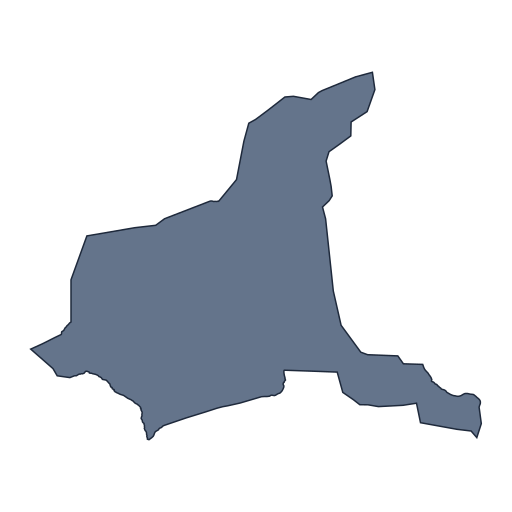 Bogd, Bayanhongor, Mongolia (Natural Earth projection)
{"feature_id": "93677404B1716064245788", "entity_name": "Bogd", "entity_type": "district", "adm_level": 2, "iso_a3": "MNG", "parent_name": "Mongolia", "parent_adm1": "Bayanhongor", "projection": "natural_earth1", "projection_center": [100.876, 45.209], "detail": "fine", "context": "isolated", "style": "filled", "palette": "slate", "viewbox_px": 512, "rotation_deg": 0, "n_neighbors": 0, "source": "geoboundaries", "source_scale": "gbopen_adm2", "svg_char_len": 3860}
<svg xmlns="http://www.w3.org/2000/svg" viewBox="0 0 512 512"><path d="M367.1,111.6L374.9,89.6L372.4,72.3L355.7,76.8L322.1,90.6L318.4,92.6L311.1,99.5L293.4,96.3L284.9,97.0L267.7,110.4L255.5,119.5L248.8,123.2L243.9,141.2L236.5,179.6L218.9,201.0L218.6,201.2L218.5,201.3L218.2,201.1L217.8,201.2L217.4,201.4L216.7,201.5L215.7,201.4L214.8,201.4L213.7,201.5L212.9,201.3L211.9,201.0L211.3,201.0L210.7,201.0L209.6,201.3L164.6,218.7L155.7,225.3L134.8,227.7L86.9,235.9L71.0,279.8L71.0,296.3L71.0,322.0L69.6,323.0L68.3,324.6L66.9,325.8L66.4,326.7L65.1,327.9L64.4,329.2L63.7,330.5L61.8,331.7L61.6,332.2L61.5,333.9L61.2,334.5L54.7,337.6L42.2,343.9L30.7,349.1L53.0,368.6L57.2,375.8L69.9,377.6L74.4,375.8L76.5,375.7L78.2,374.6L79.2,374.1L80.3,374.1L81.4,373.7L82.6,373.8L84.1,373.2L84.8,372.3L85.6,371.4L86.8,371.2L87.9,371.6L88.7,371.8L89.2,372.2L89.3,372.9L89.7,373.1L90.6,373.2L91.7,373.3L92.6,373.7L95.4,374.3L97.1,375.0L98.2,375.6L99.0,376.6L100.0,376.9L101.3,377.7L101.8,378.5L102.5,379.4L103.5,379.6L104.6,379.8L106.0,380.1L106.8,380.6L107.4,381.5L108.2,382.2L108.7,382.9L109.9,384.0L110.0,384.5L110.2,385.4L110.4,385.7L110.6,386.6L110.9,387.0L111.9,387.4L112.2,387.8L112.2,388.6L112.6,388.9L113.1,389.1L113.4,389.5L114.1,389.6L114.2,390.1L114.1,390.7L114.4,390.9L115.2,391.9L115.8,392.0L116.3,392.5L118.2,393.3L119.7,394.1L121.0,394.6L122.1,394.9L123.6,395.4L127.8,398.3L131.2,399.8L132.2,400.6L132.7,400.7L134.9,403.0L136.3,403.8L137.3,404.2L137.8,404.8L138.6,405.2L139.0,405.7L139.9,406.6L140.6,407.4L140.5,408.2L141.0,408.6L140.9,409.2L141.2,409.7L141.1,410.1L141.7,411.2L142.1,412.1L142.2,413.1L141.9,414.0L141.9,414.9L142.0,415.9L141.7,416.4L141.3,417.6L141.2,418.7L141.7,419.3L142.2,420.2L142.5,421.9L143.1,422.7L144.0,423.4L144.1,424.5L144.5,425.5L144.4,426.6L144.6,427.5L144.3,428.4L145.2,430.6L145.9,431.2L146.2,431.9L146.5,432.7L146.6,434.6L147.0,435.5L146.8,436.3L147.0,437.2L147.4,437.7L147.5,438.3L147.3,438.8L147.4,439.2L149.0,439.7L151.7,437.7L153.2,436.3L153.7,435.4L153.8,435.2L154.2,434.1L154.6,433.0L155.1,432.0L155.9,431.3L158.5,429.8L159.0,428.8L159.5,428.3L161.4,427.5L163.2,425.8L164.8,425.2L186.2,417.9L205.3,412.0L217.0,408.2L222.7,406.7L227.7,405.8L240.2,403.0L261.5,396.7L264.5,396.5L267.1,396.5L269.5,396.2L271.1,395.2L272.0,395.2L274.3,395.6L275.6,395.2L277.8,393.8L279.9,393.1L280.9,392.2L282.1,390.8L283.2,388.7L283.8,387.1L283.9,385.9L283.2,384.6L283.2,383.4L283.5,382.7L284.1,382.4L284.2,381.6L284.7,381.0L285.5,380.0L285.3,379.5L284.9,378.8L285.1,378.3L284.8,377.1L284.3,375.3L283.9,372.7L283.9,370.9L284.3,370.2L310.7,371.1L337.2,372.1L342.8,392.4L353.4,399.7L359.8,404.7L368.0,404.8L378.4,406.6L403.0,405.3L416.5,403.2L420.5,422.7L456.9,429.3L471.1,431.0L476.8,437.6L481.3,423.6L479.1,407.2L479.6,405.4L480.3,403.7L480.4,402.1L480.3,401.4L480.0,400.5L479.3,399.5L478.3,398.5L477.0,397.5L475.8,396.3L474.5,395.3L473.8,394.7L473.0,394.4L471.8,394.3L470.0,394.1L468.5,393.7L467.4,393.5L466.4,393.5L465.4,393.5L464.4,393.7L463.5,394.2L462.7,394.6L461.9,395.1L461.1,395.6L460.5,395.8L459.8,396.0L459.2,396.2L458.3,396.3L457.3,396.3L456.3,396.1L455.1,395.8L453.5,395.6L451.8,395.0L450.4,394.4L449.2,393.7L448.4,393.2L446.9,392.4L445.9,391.0L445.0,390.3L444.0,389.8L442.9,389.5L441.4,389.1L440.8,388.2L440.1,387.7L439.3,387.2L438.9,386.6L438.4,386.1L437.7,385.8L437.4,385.4L437.0,384.7L436.5,384.3L435.7,384.2L434.9,383.7L434.5,383.0L434.0,382.6L433.5,382.1L432.9,381.9L432.0,381.6L431.5,381.1L431.6,380.3L431.8,379.4L431.3,378.4L431.1,377.7L430.3,376.4L429.5,375.3L428.9,374.6L428.2,373.3L426.6,371.6L425.3,370.2L424.5,369.0L423.7,367.3L423.2,365.8L422.7,364.4L403.4,363.8L397.8,355.9L367.6,354.7L360.8,352.2L341.1,325.3L333.3,291.0L325.6,218.8L322.5,207.0L329.1,200.7L332.2,195.9L331.1,186.3L329.8,179.2L326.1,161.1L329.0,151.7L340.8,143.3L350.8,135.9L351.1,122.0L367.1,111.6Z" fill="#64748b" stroke="#1e293b" stroke-width="1.5"/></svg>